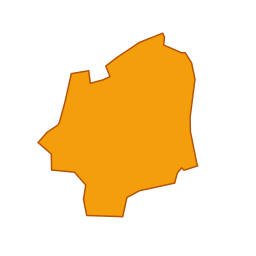 the district of Norfolk, Virginia, United States of America, rotated 61°
{"feature_id": "52423323B60127042569296", "entity_name": "Norfolk", "entity_type": "district", "adm_level": 2, "iso_a3": "USA", "parent_name": "United States of America", "parent_adm1": "Virginia", "projection": "orthographic", "projection_center": [-76.263, 36.895], "detail": "fine", "context": "isolated", "style": "filled", "palette": "amber", "viewbox_px": 256, "rotation_deg": 61, "n_neighbors": 0, "source": "geoboundaries", "source_scale": "gbopen_adm2", "svg_char_len": 684}
<svg xmlns="http://www.w3.org/2000/svg" viewBox="0 0 256 256"><g transform="rotate(61 128 128)"><path d="M157.4,192.6L168.8,201.5L184.5,206.5L203.0,175.6L188.3,162.7L188.4,148.4L198.8,113.9L194.1,109.4L192.1,107.6L191.1,106.1L188.9,100.5L192.1,99.4L194.9,85.5L191.3,84.7L171.0,78.2L161.5,75.2L148.9,68.6L121.7,48.6L117.9,45.8L101.8,40.8L89.9,41.5L89.7,41.9L88.3,44.6L72.7,56.6L66.3,52.1L61.9,51.7L58.7,76.3L61.0,104.1L63.1,117.4L70.0,118.3L74.3,118.9L73.8,126.5L73.6,127.2L70.6,139.3L58.9,134.6L56.0,142.7L53.0,151.2L74.9,170.7L89.6,185.0L91.5,188.0L92.4,200.4L97.1,213.7L113.6,207.7L127.7,215.2L140.7,196.2L157.4,192.6Z" fill="#f59e0b" stroke="#b45309" stroke-width="1.5"/></g></svg>